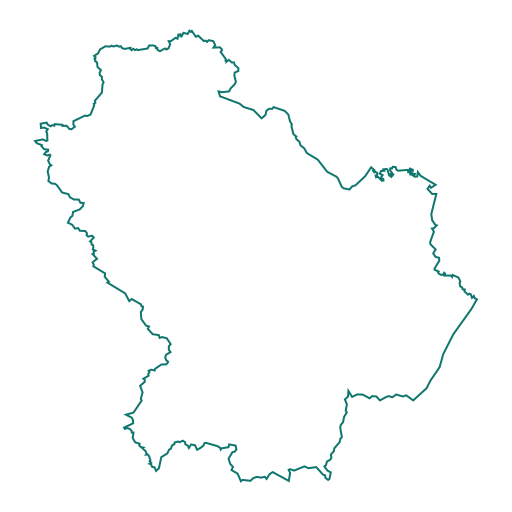 Basilicata, Matera, Italy
{"feature_id": "23120603B59117294159851", "entity_name": "Basilicata", "entity_type": "district", "adm_level": 2, "iso_a3": "ITA", "parent_name": "Italy", "parent_adm1": "Matera", "projection": "natural_earth1", "projection_center": [16.009, 40.517], "detail": "fine", "context": "isolated", "style": "outline", "palette": "teal", "viewbox_px": 512, "rotation_deg": 0, "n_neighbors": 0, "source": "geoboundaries", "source_scale": "gbopen_adm2", "svg_char_len": 5926}
<svg xmlns="http://www.w3.org/2000/svg" viewBox="0 0 512 512"><path d="M124.1,427.6L124.8,428.9L126.8,428.1L129.7,428.8L131.6,430.8L131.8,432.6L133.5,432.6L132.7,437.9L134.2,440.7L135.3,442.4L139.6,443.7L139.2,445.4L140.8,447.0L143.1,447.5L142.2,448.0L145.7,451.3L146.6,453.7L146.0,454.6L147.7,454.5L149.1,456.2L150.4,460.2L149.6,461.1L151.2,462.8L149.7,463.7L150.8,464.0L152.2,466.9L154.5,467.3L156.1,470.9L158.9,468.3L161.3,457.1L167.3,453.5L169.0,449.8L170.9,448.6L172.1,445.3L174.3,444.3L174.6,442.5L178.2,441.5L179.6,442.2L182.9,440.7L185.1,442.2L185.3,444.2L187.7,445.6L188.9,448.0L191.0,444.5L195.0,445.2L197.1,449.8L200.8,447.7L203.6,445.4L204.3,443.3L205.9,442.8L217.6,446.2L220.2,447.9L220.7,449.5L221.7,448.3L228.5,447.2L229.2,444.4L235.6,445.6L236.4,449.6L234.6,451.7L232.4,452.2L228.6,458.6L230.1,463.7L233.0,467.0L231.5,470.1L237.6,473.6L240.9,481.3L242.5,479.9L250.5,480.8L253.0,478.3L256.6,476.9L261.3,477.6L264.8,476.8L266.6,478.9L269.3,474.5L272.6,472.1L288.8,480.9L290.1,473.0L288.7,469.8L290.4,469.2L294.0,470.6L304.4,466.4L308.4,468.2L316.2,467.1L323.2,474.8L325.1,475.3L325.4,477.7L328.1,479.9L329.4,479.0L330.8,472.4L327.3,470.5L324.4,466.3L325.9,465.2L327.0,461.5L330.2,459.8L331.4,457.6L330.9,454.6L333.9,451.0L334.3,448.3L339.6,442.2L340.2,439.1L341.9,437.0L340.2,427.8L340.7,425.1L343.1,422.1L344.1,416.8L346.8,412.4L345.7,410.5L346.9,404.4L344.9,399.4L348.0,396.6L348.4,391.0L352.1,396.9L357.3,394.4L362.7,394.6L369.6,398.3L372.1,396.1L376.4,396.5L379.9,400.4L386.8,396.7L389.0,396.1L392.2,397.3L396.3,394.5L403.0,396.5L406.1,395.3L413.2,400.4L426.6,388.2L430.3,380.8L439.7,367.0L443.2,354.2L453.3,334.3L471.4,309.0L476.9,299.3L474.6,298.0L473.9,296.0L472.0,297.8L470.8,294.3L469.1,293.7L467.9,294.6L464.4,291.3L464.8,289.5L462.6,289.3L462.2,287.5L460.3,286.4L459.6,282.9L460.3,281.4L458.4,277.5L452.7,275.0L452.1,277.0L450.8,275.5L444.5,275.6L445.1,273.7L444.2,272.8L443.0,274.7L441.3,274.9L438.9,273.8L438.0,272.2L438.6,271.5L434.6,269.7L434.5,268.6L439.3,260.8L439.1,257.8L435.6,256.9L433.2,253.4L435.6,249.4L430.5,244.3L430.1,242.2L433.9,231.7L432.0,228.5L433.8,228.3L436.7,225.4L435.5,225.1L432.2,220.3L431.3,214.1L436.3,194.0L432.1,193.9L427.5,188.8L429.7,185.7L431.0,187.8L435.6,184.8L420.7,175.9L417.9,172.1L417.3,176.5L414.8,176.7L413.8,176.0L414.9,173.9L413.3,173.8L412.6,175.2L412.0,174.8L412.7,173.4L411.9,172.9L410.4,174.3L409.9,172.4L410.9,171.4L409.1,170.4L408.2,171.8L407.6,169.9L398.0,170.7L396.5,169.7L395.6,167.0L392.7,166.8L391.9,168.5L390.3,168.3L390.0,170.3L393.3,174.6L391.7,176.4L391.1,173.9L390.2,174.2L390.5,176.3L389.1,175.4L387.6,169.9L386.5,168.9L383.3,169.4L384.2,170.8L381.1,171.0L379.8,173.6L382.6,175.1L380.7,177.9L383.2,178.9L383.5,180.5L381.9,180.8L378.0,176.9L376.0,177.3L375.6,175.5L377.2,174.9L377.3,173.0L375.3,171.8L374.3,172.4L373.1,170.7L374.2,170.0L371.1,167.3L365.2,176.2L355.5,185.3L352.0,186.5L349.5,189.5L343.6,188.3L341.7,186.8L338.0,178.4L336.3,176.6L327.2,171.8L317.8,159.7L306.8,153.0L304.2,148.3L300.5,145.3L299.3,141.6L296.5,139.3L295.7,137.1L296.3,136.5L293.4,134.1L291.4,126.1L291.9,124.5L290.0,121.3L288.3,114.5L284.7,110.9L273.6,107.1L272.4,108.8L268.9,108.8L266.4,110.8L265.4,115.1L261.6,118.3L253.4,110.0L243.7,107.0L239.5,103.6L220.0,96.3L218.6,91.4L222.0,92.2L229.1,91.4L230.5,88.5L234.5,84.5L235.9,81.9L234.3,75.3L234.7,72.6L238.3,71.0L238.4,68.2L234.7,64.9L233.9,62.4L231.9,62.5L228.8,59.9L226.4,61.8L226.5,60.7L225.5,60.5L225.9,59.2L220.6,51.9L222.1,50.2L221.7,49.1L219.9,47.3L213.5,47.6L215.2,45.1L213.3,41.2L208.7,40.2L207.1,41.9L205.6,40.6L203.9,41.1L198.1,35.6L195.9,36.8L191.8,30.9L190.8,31.9L189.4,30.7L187.6,34.0L183.5,32.8L181.5,36.5L180.4,36.3L180.3,34.3L178.3,34.6L177.5,38.7L175.6,37.8L170.9,41.1L168.7,41.1L170.2,44.2L168.5,48.4L166.4,49.5L165.7,48.5L164.0,48.9L160.0,51.2L157.4,49.8L157.3,47.9L155.8,48.0L155.5,46.1L152.9,45.4L149.1,45.5L147.6,48.5L137.9,50.1L136.8,49.3L135.1,50.1L133.3,48.8L131.7,50.2L130.4,49.1L130.5,47.8L124.8,48.9L122.0,48.1L120.8,46.2L119.2,46.7L116.9,45.5L113.5,46.5L111.4,45.7L110.1,46.6L105.4,46.3L100.0,49.4L98.2,53.3L94.1,55.9L95.6,57.2L94.5,58.8L95.3,59.5L95.1,61.1L97.0,62.3L97.5,67.0L100.9,70.1L99.6,72.8L99.9,75.2L101.9,76.8L101.9,79.4L103.6,82.3L102.5,84.6L101.9,92.6L94.9,100.7L95.4,102.7L93.7,103.9L94.3,105.1L90.5,114.6L87.2,116.0L85.0,115.6L73.4,121.2L73.4,124.7L74.9,126.7L71.4,129.3L69.3,128.9L66.7,125.8L62.5,125.9L62.5,124.8L54.7,124.1L54.3,125.7L52.3,125.1L50.4,126.3L47.2,124.1L46.7,122.6L40.7,123.7L41.0,128.0L44.2,127.6L47.8,129.2L46.2,131.5L47.1,133.2L47.4,140.4L46.4,141.0L42.6,139.4L35.1,141.0L36.7,143.2L41.9,145.1L41.4,146.0L44.1,149.2L48.2,149.7L47.9,151.4L46.0,151.9L44.2,154.2L47.4,155.5L49.7,154.6L50.4,155.3L48.1,160.6L49.9,164.4L51.3,165.3L49.1,166.8L47.7,171.4L49.0,177.6L48.4,181.0L51.6,183.5L55.0,183.8L56.9,185.2L62.1,192.5L68.3,194.1L70.0,197.3L73.9,199.5L78.8,199.6L80.4,202.8L83.6,202.9L83.0,206.0L79.6,209.5L73.1,211.9L72.4,215.9L70.4,217.5L67.9,222.7L72.1,224.7L75.0,228.6L78.1,228.1L79.8,230.7L85.4,231.1L87.0,233.4L86.6,235.3L88.2,236.6L92.1,235.7L93.8,237.5L90.1,241.4L91.4,242.1L91.6,244.5L92.9,244.9L93.4,247.1L92.8,249.3L95.5,250.7L93.6,251.6L93.9,253.6L92.6,254.1L97.0,258.8L92.6,262.3L93.8,264.8L93.4,266.3L105.1,273.4L104.7,276.8L108.9,281.7L107.4,282.6L125.1,293.3L129.3,301.1L131.7,299.0L140.9,304.3L141.5,306.2L143.0,306.6L142.7,309.5L140.8,312.1L141.4,319.2L146.1,325.7L149.0,326.5L147.8,328.9L152.7,334.2L158.8,335.1L159.6,337.9L162.2,337.1L166.7,338.2L170.7,344.2L168.8,346.2L168.9,350.0L170.5,352.1L166.0,354.8L165.2,357.5L166.2,360.1L168.1,361.7L167.5,363.0L166.0,364.4L161.4,364.5L155.1,368.8L154.7,370.5L151.3,369.7L148.7,370.8L149.4,372.2L148.2,373.9L148.6,375.7L143.4,378.7L144.6,379.6L144.8,381.8L140.1,385.8L142.6,392.5L140.8,398.8L141.7,400.5L133.5,412.6L126.0,414.7L131.8,417.7L132.9,419.9L133.1,423.3L124.1,427.6ZM409.9,168.6L409.3,170.2L412.8,170.8L412.8,169.8L409.9,168.6Z" fill="none" stroke="#0f766e" stroke-width="2"/></svg>